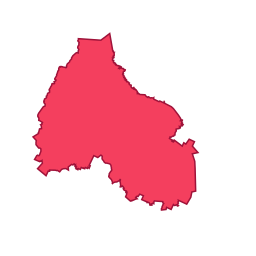 outline of Waipa District, Waikato, New Zealand, rotated 205°
{"feature_id": "76426892B28277932455235", "entity_name": "Waipa District", "entity_type": "district", "adm_level": 2, "iso_a3": "NZL", "parent_name": "New Zealand", "parent_adm1": "Waikato", "projection": "natural_earth1", "projection_center": [175.411, -37.984], "detail": "fine", "context": "isolated", "style": "filled", "palette": "rose", "viewbox_px": 256, "rotation_deg": 205, "n_neighbors": 0, "source": "geoboundaries", "source_scale": "gbopen_adm2", "svg_char_len": 5763}
<svg xmlns="http://www.w3.org/2000/svg" viewBox="0 0 256 256"><g transform="rotate(205 128 128)"><path d="M118.9,71.3L118.6,71.1L118.0,72.4L116.9,73.5L115.3,74.4L113.7,76.6L113.4,78.0L113.1,78.0L112.7,76.9L112.7,76.1L112.0,75.4L110.4,72.9L110.2,71.4L109.5,71.6L108.8,72.9L108.4,72.6L108.1,72.9L106.1,71.8L106.6,70.9L105.1,70.0L102.9,70.2L102.7,69.7L103.0,69.4L102.7,68.7L101.8,69.3L101.2,67.0L101.1,64.6L95.4,62.9L95.2,63.1L94.7,62.9L93.9,63.9L93.7,63.7L90.9,66.9L89.8,67.7L91.7,68.3L91.4,69.3L91.1,69.1L90.5,70.3L89.9,70.3L89.4,73.0L85.4,73.1L85.3,68.9L79.5,69.0L79.5,68.7L79.2,68.5L79.1,68.9L79.4,69.1L77.2,69.2L76.0,68.0L75.8,68.1L75.4,67.4L73.8,68.2L74.6,69.2L74.0,69.5L73.9,70.1L72.6,70.3L73.0,71.0L73.1,71.7L73.3,72.0L73.3,73.0L65.4,76.0L65.1,75.3L63.7,74.6L64.1,73.8L63.8,73.0L63.9,71.3L63.5,70.1L63.6,68.9L63.0,67.8L59.1,70.2L59.5,72.4L54.5,72.4L54.5,77.8L53.2,77.4L52.3,78.0L52.1,78.4L51.5,79.0L50.3,78.2L49.3,78.5L49.9,78.6L49.7,78.9L50.0,78.9L50.8,79.8L50.8,80.1L50.6,80.1L50.7,80.5L50.7,80.8L50.6,81.2L51.4,81.9L51.5,82.5L51.3,82.7L51.5,83.2L51.3,83.5L51.6,83.8L42.6,83.8L41.8,91.8L43.1,97.0L40.0,99.4L50.1,119.7L53.4,126.0L58.8,131.8L54.2,135.3L62.0,138.8L62.0,143.7L67.8,143.7L68.8,137.9L71.2,138.2L71.2,134.5L81.1,136.6L81.1,136.0L80.7,135.6L80.8,135.0L81.1,134.5L81.5,134.7L82.2,134.5L82.5,134.6L82.2,134.8L82.3,135.4L82.7,135.8L86.0,136.0L86.1,137.7L85.2,137.7L84.3,139.2L83.8,139.7L83.2,139.9L83.1,141.1L82.5,141.5L83.3,143.6L83.0,145.8L83.7,146.8L83.9,147.4L81.4,149.1L81.3,149.7L81.9,150.9L80.8,150.5L81.0,151.4L80.9,152.2L80.6,152.6L79.7,152.9L79.5,154.4L79.8,154.4L80.6,153.7L81.2,154.0L81.2,154.5L80.8,154.9L80.7,155.5L80.9,155.6L81.5,155.1L81.5,155.8L82.3,156.6L82.3,156.9L81.8,157.5L82.1,158.2L82.6,158.1L82.8,157.1L83.6,156.8L83.5,157.8L84.4,158.9L87.8,161.0L95.1,164.8L97.7,165.6L106.0,165.9L105.9,166.9L106.4,167.2L106.4,165.9L110.6,165.9L111.0,165.0L116.7,165.0L117.2,165.6L117.5,166.3L117.7,165.9L119.8,165.2L120.3,164.7L121.6,164.7L122.2,165.0L122.8,164.9L123.4,164.3L123.3,164.1L124.8,164.3L126.6,165.3L131.4,163.4L132.3,163.7L132.8,163.5L133.4,163.9L133.6,163.3L133.9,163.2L133.8,163.7L134.6,164.0L134.9,165.0L136.3,165.6L136.7,166.0L137.5,165.8L137.8,166.3L138.3,166.3L138.7,165.7L139.1,165.6L140.0,166.1L140.2,166.6L139.6,167.0L139.9,167.2L140.3,166.7L140.4,165.9L141.5,166.0L142.8,166.7L142.9,167.6L143.3,168.2L144.9,167.9L145.8,168.5L145.9,168.9L145.7,169.0L145.7,169.3L146.3,169.4L146.8,169.7L147.8,169.8L148.3,169.4L148.8,169.4L149.0,169.9L149.9,170.1L149.4,170.3L149.9,170.5L149.8,171.0L151.2,171.4L151.6,171.3L151.5,172.0L152.2,172.1L152.6,172.6L153.0,172.3L152.8,171.9L153.1,171.9L153.3,173.0L153.8,173.7L154.1,173.9L154.5,173.6L154.6,174.2L155.4,174.4L155.3,174.7L155.7,175.2L155.3,175.6L155.7,175.9L156.0,177.1L155.7,177.7L155.2,177.9L155.7,179.0L155.0,179.1L155.1,179.6L156.0,179.6L156.7,179.4L157.6,179.9L158.2,179.5L159.7,179.5L160.1,179.7L159.6,180.2L159.8,180.5L160.7,180.6L161.2,180.1L160.3,178.8L160.8,178.1L161.2,178.3L161.2,178.6L161.5,178.4L161.3,179.4L161.7,179.7L161.8,180.6L163.4,180.4L164.2,180.0L165.4,180.5L165.7,180.0L166.4,180.2L166.8,180.8L166.6,181.1L166.7,181.3L168.0,181.5L168.3,181.1L169.0,181.5L169.3,182.0L169.5,183.1L170.5,182.8L170.9,183.1L171.1,184.3L171.3,184.9L171.6,185.0L171.3,185.4L170.7,185.5L170.5,185.8L170.8,186.4L171.3,186.2L171.8,186.6L171.8,187.1L171.2,188.0L171.5,188.4L171.7,189.2L172.6,190.3L172.5,190.7L173.1,190.5L173.8,191.5L174.3,191.3L184.5,205.9L189.7,196.1L210.7,188.0L210.2,187.2L210.4,186.2L210.3,185.8L209.6,185.3L208.5,185.0L208.3,184.0L207.6,182.4L207.9,181.0L207.6,179.7L207.2,179.2L205.9,178.6L205.7,177.7L205.7,176.8L204.8,175.0L206.2,174.7L206.9,173.9L208.5,170.2L208.8,167.6L208.3,166.8L209.1,164.4L208.9,163.2L210.1,160.4L210.0,158.4L209.8,157.8L209.5,157.7L209.4,156.8L210.1,156.3L210.6,156.4L212.6,155.8L214.1,155.7L215.0,154.7L215.5,155.0L215.9,154.4L216.0,152.8L215.3,151.3L215.6,150.0L215.2,147.3L215.3,146.4L214.8,145.4L215.2,141.7L214.8,141.1L213.6,141.1L213.4,140.5L213.5,140.0L214.6,138.6L213.5,137.7L213.5,137.1L214.0,136.7L215.4,136.3L215.6,135.8L215.2,134.4L215.5,132.2L215.4,131.3L215.7,129.6L215.6,129.4L215.0,129.1L215.1,128.5L214.3,127.7L214.2,127.0L215.4,125.6L215.4,124.5L215.1,123.8L215.0,123.1L215.5,122.3L214.7,121.1L215.1,120.1L215.8,119.2L215.9,118.8L215.6,118.1L215.7,117.1L215.5,116.5L215.1,116.5L215.0,115.6L214.7,115.3L213.1,114.6L212.5,112.7L213.7,111.6L215.2,103.7L215.2,101.6L214.5,100.2L213.2,99.5L212.7,98.8L212.1,97.2L211.2,97.3L207.9,96.9L208.0,95.7L207.6,95.3L208.6,94.0L207.7,93.6L206.1,90.9L207.8,89.8L207.1,86.3L207.3,85.8L206.8,85.2L210.3,79.8L205.8,77.9L205.4,76.3L204.3,74.0L200.5,72.1L199.4,72.6L198.2,72.3L197.1,70.2L196.8,65.9L197.1,65.2L198.4,65.2L199.0,64.4L199.4,60.0L193.7,60.2L193.2,60.8L193.3,61.0L192.8,61.0L192.5,61.7L192.3,61.7L192.2,62.1L190.7,59.9L192.8,52.9L182.1,50.1L182.1,55.2L180.8,55.7L181.3,56.7L176.8,58.7L175.5,59.2L175.0,59.1L174.1,59.7L171.4,59.4L170.7,62.4L169.2,63.9L167.1,65.0L164.2,64.7L165.7,67.4L163.7,71.2L162.3,71.2L161.7,72.7L161.2,72.5L160.4,71.8L160.2,72.0L160.1,71.8L160.0,72.1L159.9,71.8L159.6,71.9L159.4,71.7L159.6,71.4L159.2,71.0L159.4,71.0L159.4,70.9L159.0,70.9L159.3,70.6L158.8,70.5L158.4,69.9L157.7,69.8L157.9,69.6L157.6,69.4L157.8,69.1L155.8,69.0L155.8,70.3L153.7,70.3L153.7,72.5L151.6,72.5L151.6,72.9L150.0,72.8L150.0,74.2L147.7,74.2L147.7,75.7L146.2,75.1L146.3,77.8L147.4,77.8L147.3,88.5L142.9,88.5L141.1,92.0L139.4,91.5L138.7,89.5L137.9,88.6L136.6,88.1L134.9,86.9L133.4,86.7L132.4,87.2L129.3,87.8L127.7,87.0L126.8,85.6L126.2,85.0L125.8,84.0L125.0,83.2L124.9,82.4L125.4,81.2L125.4,80.4L125.7,78.9L125.6,78.2L125.1,77.4L125.2,76.8L124.9,75.8L124.1,75.3L121.4,74.3L120.7,73.8L118.9,72.1L118.7,71.7L118.9,71.3Z" fill="#f43f5e" stroke="#9f1239" stroke-width="1.5"/></g></svg>